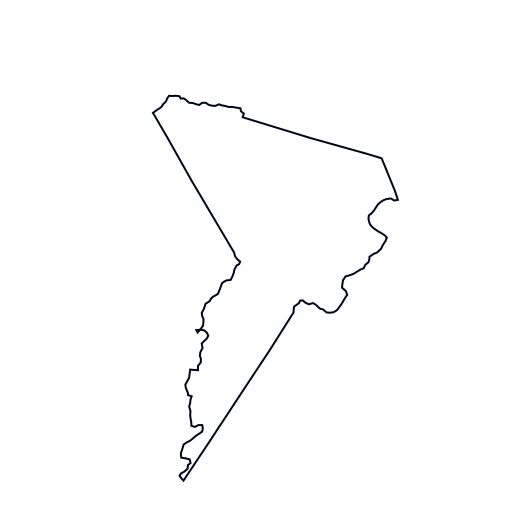 Nina Rodrigues, Maranhão, Brazil, rotated 68°
{"feature_id": "56859067B57763706087403", "entity_name": "Nina Rodrigues", "entity_type": "district", "adm_level": 2, "iso_a3": "BRA", "parent_name": "Brazil", "parent_adm1": "Maranhão", "projection": "mercator", "projection_center": [-43.774, -3.457], "detail": "fine", "context": "isolated", "style": "outline", "palette": "ink", "viewbox_px": 512, "rotation_deg": 68, "n_neighbors": 0, "source": "geoboundaries", "source_scale": "gbopen_adm2", "svg_char_len": 2390}
<svg xmlns="http://www.w3.org/2000/svg" viewBox="0 0 512 512"><g transform="rotate(68 256 256)"><path d="M212.5,102.9L203.3,114.3L167.3,161.0L122.4,216.4L119.4,213.9L116.1,215.7L113.2,215.1L111.3,218.3L108.8,222.3L107.6,225.5L105.4,228.3L103.8,230.9L101.5,233.5L101.6,237.4L100.0,240.8L98.0,243.3L95.1,245.2L93.8,248.5L94.7,252.0L92.9,254.6L90.5,257.2L88.8,260.7L85.0,262.5L82.7,264.0L81.9,266.8L79.2,267.1L77.4,270.3L76.3,273.7L74.9,276.5L76.6,279.3L79.0,281.6L80.3,284.9L82.5,288.1L83.5,293.2L84.7,297.9L113.8,293.7L162.1,287.5L244.6,275.0L248.5,275.5L252.0,274.6L255.3,272.8L257.2,274.7L257.5,277.5L260.3,280.9L263.4,283.0L266.2,285.6L268.7,288.5L267.5,292.8L268.3,297.5L273.5,302.2L276.9,305.5L277.3,308.2L277.7,311.3L278.7,313.8L280.5,315.8L281.4,320.7L285.5,324.1L288.4,327.6L291.5,328.4L294.9,328.3L298.0,329.7L300.9,331.4L303.4,335.4L305.5,331.9L308.7,330.3L312.1,330.1L314.3,332.9L315.5,336.3L316.8,339.1L321.4,340.1L324.4,343.7L327.6,345.5L330.4,345.5L333.9,347.0L336.2,351.0L340.1,352.6L338.5,356.0L336.7,359.5L340.5,361.8L343.9,363.7L347.1,367.6L348.8,369.7L352.2,370.5L357.1,370.4L359.6,371.1L362.0,368.2L364.6,370.5L368.1,372.4L370.6,374.4L375.0,374.8L379.4,376.8L382.8,377.7L385.8,378.3L389.2,379.5L391.6,376.7L391.2,372.7L392.6,369.2L395.8,369.8L398.6,371.7L399.4,374.8L400.1,378.7L401.6,383.2L402.6,386.4L402.8,389.4L403.6,393.6L406.7,396.1L409.0,398.1L411.2,399.8L415.0,400.8L417.1,397.3L419.7,393.7L423.4,394.2L424.3,397.3L427.5,399.0L429.1,403.2L429.5,407.0L431.1,409.2L434.6,408.3L437.1,407.4L410.0,367.7L401.2,355.1L398.0,350.4L373.8,315.4L348.2,278.2L322.4,242.3L319.7,241.1L317.2,239.6L315.8,233.9L313.9,231.8L314.7,229.3L317.9,227.6L320.6,225.0L321.0,220.8L323.4,218.9L328.7,216.5L330.7,213.8L334.8,211.7L336.2,208.9L337.2,205.3L336.6,201.4L334.5,197.8L332.4,194.5L328.5,189.5L326.2,186.0L322.3,185.8L317.5,188.1L314.0,186.2L311.1,184.4L308.5,180.7L309.0,175.6L309.0,171.5L308.3,168.0L307.7,164.1L307.7,160.7L305.1,157.9L304.0,154.2L302.0,152.4L299.2,151.1L298.1,146.0L298.1,142.4L296.2,137.4L293.5,134.5L290.5,130.2L287.9,127.8L284.8,129.0L281.3,131.6L278.1,134.1L273.5,137.0L269.8,138.4L266.3,138.3L263.2,137.6L260.6,136.1L259.7,132.8L257.8,129.3L253.9,123.7L252.7,120.3L252.0,116.8L252.1,113.4L253.3,109.2L256.3,107.2L257.1,103.4L247.7,102.8L212.5,102.9ZM303.4,335.4L302.3,339.1L305.1,338.8L303.4,335.4Z" fill="none" stroke="#020617" stroke-width="2"/></g></svg>